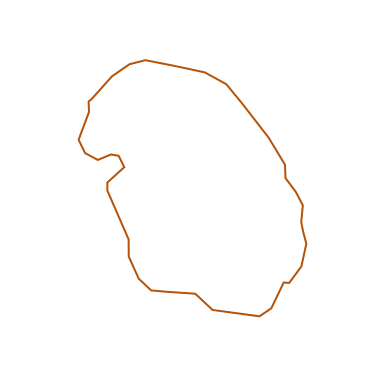 Inkisi, Bas-Congo, Democratic Republic of the Congo, rotated 318°
{"feature_id": "63176286B22382339186814", "entity_name": "Inkisi", "entity_type": "district", "adm_level": 2, "iso_a3": "COD", "parent_name": "Democratic Republic of the Congo", "parent_adm1": "Bas-Congo", "projection": "albers", "projection_center": [15.093, -5.139], "detail": "fine", "context": "isolated", "style": "outline", "palette": "amber", "viewbox_px": 384, "rotation_deg": 318, "n_neighbors": 0, "source": "geoboundaries", "source_scale": "gbopen_adm2", "svg_char_len": 694}
<svg xmlns="http://www.w3.org/2000/svg" viewBox="0 0 384 384"><g transform="rotate(318 192 192)"><path d="M203.4,324.6L223.5,320.5L242.3,307.0L248.2,295.6L253.0,287.5L265.4,276.1L269.2,261.5L270.8,244.2L279.4,233.9L285.3,203.0L288.5,159.7L289.6,134.8L281.5,111.6L262.2,85.0L245.5,62.8L231.0,55.2L210.0,52.5L179.4,55.8L175.7,55.6L169.0,63.6L142.7,77.3L142.0,79.6L138.6,91.6L142.2,101.6L143.4,105.1L156.9,109.9L161.7,116.0L161.2,117.9L158.3,128.2L143.1,128.3L135.4,128.3L130.0,134.4L114.6,180.6L113.2,184.8L101.8,197.7L94.4,220.8L95.8,237.8L106.6,249.4L126.3,269.7L128.4,293.5L158.9,329.5L173.1,331.5L199.6,320.6L201.5,322.6L203.4,324.6Z" fill="none" stroke="#b45309" stroke-width="2"/></g></svg>